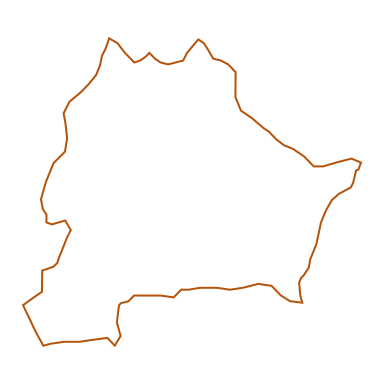 Kyongsong, Hamgyŏng-bukto, North Korea
{"feature_id": "82179303B44322363830429", "entity_name": "Kyongsong", "entity_type": "district", "adm_level": 2, "iso_a3": "PRK", "parent_name": "North Korea", "parent_adm1": "Hamgyŏng-bukto", "projection": "robinson", "projection_center": [129.427, 41.678], "detail": "fine", "context": "isolated", "style": "outline", "palette": "amber", "viewbox_px": 384, "rotation_deg": 0, "n_neighbors": 0, "source": "geoboundaries", "source_scale": "gbopen_adm2", "svg_char_len": 1464}
<svg xmlns="http://www.w3.org/2000/svg" viewBox="0 0 384 384"><path d="M122.5,49.7L117.6,43.3L109.2,38.3L105.8,48.2L102.0,55.8L100.0,65.4L96.1,75.0L88.4,84.5L80.8,92.2L69.4,101.8L63.6,113.3L65.4,122.8L67.1,138.2L65.0,151.6L53.6,163.1L49.7,172.6L45.8,182.2L41.0,199.3L42.8,209.0L46.5,214.7L46.4,222.4L52.0,224.4L65.2,220.5L70.8,230.1L66.9,237.8L63.1,247.5L59.2,257.1L57.3,262.9L53.5,266.7L42.2,270.6L42.1,278.3L42.0,286.0L42.0,291.8L36.3,295.6L23.0,305.2L26.7,312.9L30.4,320.6L35.9,332.2L43.3,345.7L50.9,343.7L64.1,341.8L79.1,341.8L92.3,339.9L107.4,337.9L114.8,345.6L120.6,336.0L116.9,322.5L119.0,305.2L120.9,303.2L128.4,301.3L134.1,295.5L139.7,295.5L147.3,295.5L160.4,295.5L173.6,297.4L175.5,295.5L181.2,289.7L188.7,289.7L200.0,287.8L216.9,287.8L230.1,289.7L243.2,287.7L258.3,283.9L271.5,285.8L280.8,295.4L290.1,301.2L302.3,302.7L300.3,295.6L299.1,282.7L301.1,277.9L303.6,275.5L308.8,267.5L310.2,259.4L316.5,243.8L320.9,222.7L326.0,210.4L331.8,200.1L338.9,193.8L350.9,187.4L353.1,182.9L356.1,170.4L358.4,169.6L361.0,162.6L351.4,158.6L336.3,162.5L323.1,166.4L313.7,166.4L304.4,156.7L293.2,149.0L283.9,145.2L276.4,139.4L268.9,131.7L263.3,127.9L252.1,118.3L240.9,110.6L240.4,109.3L235.4,97.1L235.5,85.6L235.6,72.1L228.2,64.4L220.7,60.5L213.2,58.6L207.6,49.0L203.9,43.2L198.3,39.4L187.0,52.9L183.1,60.6L175.6,62.5L168.1,64.4L160.6,62.5L155.0,58.7L149.4,52.9L145.6,56.8L140.0,60.6L134.3,62.5L125.0,52.9L122.5,49.7Z" fill="none" stroke="#b45309" stroke-width="2"/></svg>